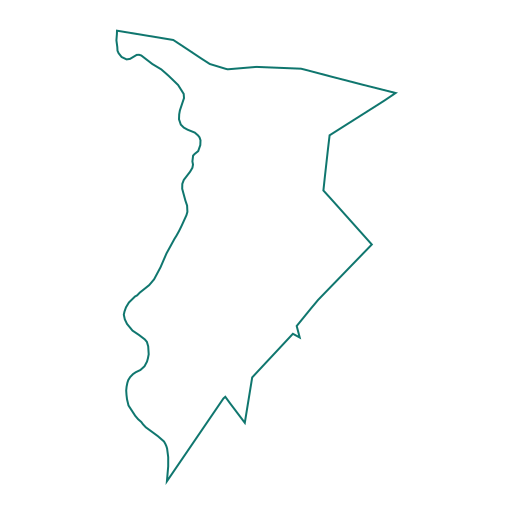 outline of União, Piauí, Brazil
{"feature_id": "56859067B60196329024429", "entity_name": "União", "entity_type": "district", "adm_level": 2, "iso_a3": "BRA", "parent_name": "Brazil", "parent_adm1": "Piauí", "projection": "natural_earth1", "projection_center": [-42.867, -4.62], "detail": "fine", "context": "isolated", "style": "outline", "palette": "teal", "viewbox_px": 512, "rotation_deg": 0, "n_neighbors": 0, "source": "geoboundaries", "source_scale": "gbopen_adm2", "svg_char_len": 1645}
<svg xmlns="http://www.w3.org/2000/svg" viewBox="0 0 512 512"><path d="M166.9,481.3L223.4,398.5L225.3,396.8L229.9,403.1L244.8,422.8L252.2,377.4L258.8,370.3L292.9,333.8L299.7,337.5L296.7,326.0L311.5,307.8L315.3,303.3L318.1,299.9L371.8,244.5L332.2,200.2L323.4,190.5L324.8,177.4L328.0,148.8L329.6,135.3L384.5,100.5L395.6,93.0L363.0,84.8L331.6,76.7L304.3,69.5L301.0,68.7L256.4,66.9L227.7,69.3L225.6,68.8L209.8,64.0L200.5,58.0L187.9,49.6L173.3,40.0L117.0,30.7L116.9,34.1L116.4,40.3L117.3,47.1L117.5,50.7L118.6,53.2L121.6,57.0L126.6,59.4L130.0,58.9L136.7,54.9L139.1,54.8L141.3,55.5L152.3,64.0L161.3,69.4L168.6,75.8L178.1,85.0L183.7,93.9L184.0,98.1L179.9,110.4L179.2,114.3L179.0,119.3L180.8,124.6L183.8,127.6L187.6,129.7L194.8,132.6L198.0,135.4L199.5,137.3L200.5,140.3L200.3,145.1L198.2,151.1L194.6,154.0L193.1,155.6L192.4,161.4L193.0,164.6L192.4,167.8L190.1,171.7L183.8,179.9L182.3,183.9L182.2,188.8L185.4,200.6L187.1,205.6L187.4,211.9L186.4,215.3L184.2,220.1L181.7,225.6L180.2,228.7L178.9,231.3L176.4,235.8L174.5,238.8L170.3,246.5L166.5,253.4L160.5,267.3L154.1,279.3L149.2,285.1L139.8,292.6L137.1,295.4L135.0,296.5L128.9,302.5L126.0,307.3L124.5,311.5L123.8,314.7L124.8,319.3L127.0,323.9L132.5,330.6L138.9,334.9L144.8,339.4L146.9,341.9L148.2,346.4L148.7,354.3L147.9,358.4L147.0,361.6L144.5,366.3L140.4,370.0L135.8,372.2L133.0,374.1L130.2,377.0L128.3,380.0L127.4,382.7L126.6,386.6L126.2,390.5L126.5,395.0L127.0,399.2L128.5,405.5L135.2,415.8L138.1,419.2L141.3,422.0L142.9,424.2L145.8,427.3L157.8,436.1L164.0,441.5L165.4,444.0L166.4,446.3L167.1,448.6L168.2,457.1L168.2,466.4L167.2,478.0L166.9,481.3Z" fill="none" stroke="#0f766e" stroke-width="2"/></svg>